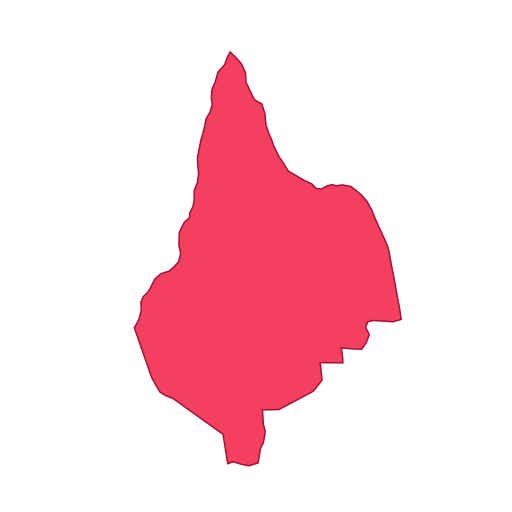 Lamarão, Bahia, Brazil, rotated 170°
{"feature_id": "56859067B14062701434656", "entity_name": "Lamarão", "entity_type": "district", "adm_level": 2, "iso_a3": "BRA", "parent_name": "Brazil", "parent_adm1": "Bahia", "projection": "natural_earth1", "projection_center": [-38.916, -11.798], "detail": "fine", "context": "isolated", "style": "filled", "palette": "rose", "viewbox_px": 512, "rotation_deg": 170, "n_neighbors": 0, "source": "geoboundaries", "source_scale": "gbopen_adm2", "svg_char_len": 1587}
<svg xmlns="http://www.w3.org/2000/svg" viewBox="0 0 512 512"><g transform="rotate(170 256 256)"><path d="M388.3,206.6L379.8,154.1L376.9,145.8L374.1,138.5L369.5,134.4L362.4,130.0L319.4,86.1L319.9,56.4L314.2,57.3L306.6,53.5L299.3,50.6L289.8,51.9L287.0,60.1L285.1,65.5L281.3,70.6L278.9,76.7L277.3,82.1L278.0,88.7L276.4,103.3L260.1,100.8L223.3,112.8L217.3,117.9L212.5,122.3L211.3,139.8L189.0,135.7L188.2,142.0L187.9,150.7L178.4,148.1L168.3,145.8L162.4,151.5L158.1,158.9L160.4,166.5L157.4,171.8L152.2,172.2L145.8,170.7L140.0,169.3L132.7,167.5L124.0,168.3L123.7,181.1L123.9,190.9L123.9,205.0L123.9,213.7L124.2,220.4L124.2,226.2L124.2,234.4L124.5,241.1L126.1,248.8L129.1,260.4L130.8,266.6L132.2,272.5L134.0,281.0L137.3,290.7L141.7,297.9L145.5,302.5L150.6,308.1L158.6,311.0L164.5,311.2L169.2,313.2L174.6,312.5L180.0,310.6L184.9,311.9L188.5,317.3L195.8,322.4L202.4,328.1L209.5,334.1L212.5,341.8L216.2,350.3L219.3,360.8L220.8,369.6L222.4,375.7L223.4,383.6L222.5,394.7L223.9,404.9L230.2,410.0L232.1,415.7L233.7,421.5L235.6,429.0L234.5,438.3L236.9,447.8L241.0,454.4L246.0,461.4L249.5,457.0L253.8,449.7L261.5,443.6L265.8,434.8L270.5,427.4L272.6,418.9L272.8,412.6L276.4,405.5L281.5,399.6L283.7,393.3L286.8,386.5L290.3,379.3L293.3,371.6L296.6,362.9L297.6,355.4L298.2,347.1L300.9,338.8L305.6,330.9L307.2,321.8L309.4,315.7L313.4,310.6L315.0,305.2L320.7,301.7L327.3,292.9L330.0,280.6L329.8,271.5L333.3,263.7L337.9,260.1L343.9,256.3L352.7,255.1L359.9,250.6L364.3,244.6L368.4,239.5L373.8,235.8L377.4,230.6L378.4,222.4L382.5,213.5L388.3,206.6Z" fill="#f43f5e" stroke="#9f1239" stroke-width="1.5"/></g></svg>